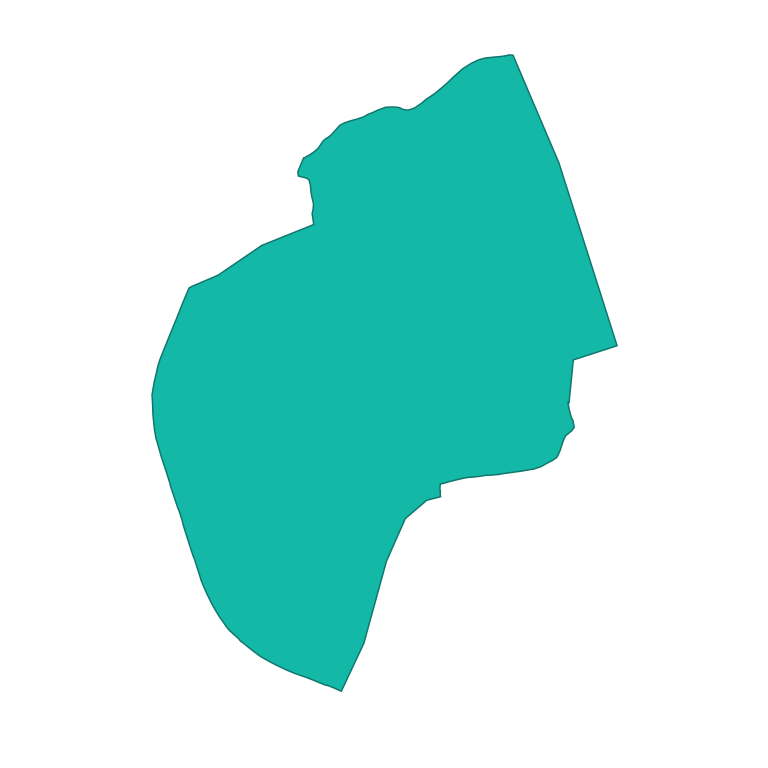 outline of Belle Vue Estate, Gros Islet, Saint Lucia, rotated 342°
{"feature_id": "8701671B25390904232189", "entity_name": "Belle Vue Estate", "entity_type": "district", "adm_level": 2, "iso_a3": "LCA", "parent_name": "Saint Lucia", "parent_adm1": "Gros Islet", "projection": "orthographic", "projection_center": [-60.946, 14.088], "detail": "fine", "context": "isolated", "style": "filled", "palette": "teal", "viewbox_px": 768, "rotation_deg": 342, "n_neighbors": 0, "source": "geoboundaries", "source_scale": "gbopen_adm2", "svg_char_len": 2247}
<svg xmlns="http://www.w3.org/2000/svg" viewBox="0 0 768 768"><g transform="rotate(342 384 384)"><path d="M617.5,419.6L618.7,227.8L608.3,111.2L604.5,109.6L602.2,109.6L596.7,108.7L589.2,107.0L580.6,105.2L574.1,105.0L566.4,105.9L556.4,108.4L544.4,113.7L536.1,117.8L528.9,120.7L522.2,123.4L512.6,126.1L505.7,128.8L498.9,130.8L495.0,131.1L491.5,130.9L488.7,129.8L486.1,128.0L484.6,126.3L481.2,124.4L476.1,122.7L470.9,121.3L462.6,121.6L460.5,121.9L456.5,122.4L452.0,122.6L447.0,123.7L440.2,123.7L433.6,123.4L427.3,123.4L421.7,124.4L417.7,126.8L414.0,128.9L410.4,130.9L406.9,132.2L404.2,132.8L401.1,134.1L397.4,137.0L394.1,139.6L388.8,141.7L384.8,142.9L379.3,144.0L377.4,144.7L377.8,143.7L369.0,153.9L368.1,155.0L367.2,157.0L366.9,159.8L370.5,162.1L371.9,162.9L374.2,164.5L375.7,166.5L375.6,169.4L375.4,172.4L374.5,176.1L373.3,182.3L373.0,187.0L372.5,191.3L370.4,196.2L368.3,199.8L367.4,205.2L366.4,210.6L310.7,214.4L260.0,229.2L231.4,231.8L228.2,232.5L216.0,246.6L213.5,249.7L207.8,256.6L198.7,267.3L191.2,276.2L178.7,291.2L174.9,296.4L169.5,305.5L166.6,310.2L162.8,317.3L160.0,322.7L157.4,332.7L155.0,340.9L153.5,347.5L151.6,356.5L150.4,364.9L150.1,374.5L149.7,384.5L149.8,399.5L149.7,412.8L149.4,413.7L149.6,438.0L149.9,441.3L149.9,450.7L149.7,453.4L149.4,459.1L149.3,478.3L149.3,488.8L149.6,490.6L149.5,512.0L149.4,513.8L149.9,520.7L150.7,528.9L152.2,539.4L153.6,546.3L155.4,553.9L158.9,565.3L159.8,568.0L161.0,571.0L166.9,581.0L168.1,584.3L169.8,586.4L173.9,592.8L177.5,598.2L182.2,604.8L185.6,608.6L190.1,613.4L194.1,617.5L203.4,626.3L209.0,631.1L215.0,635.7L219.8,639.3L222.7,641.7L231.4,649.0L234.1,651.4L238.7,654.4L243.7,658.7L248.5,663.0L284.7,624.4L331.5,553.4L362.7,518.6L388.7,507.8L403.0,508.6L403.3,506.5L404.3,503.9L404.8,500.7L406.7,496.5L410.3,496.9L415.3,497.0L421.5,497.4L428.6,498.0L434.7,498.7L439.7,500.0L445.7,501.2L453.6,502.5L458.2,503.9L464.0,505.2L466.9,505.7L467.7,505.7L471.1,506.3L488.2,509.4L500.6,511.2L507.8,511.1L514.1,509.8L521.2,508.6L525.4,507.3L527.5,505.5L531.2,501.3L533.9,497.5L537.6,492.6L540.8,489.3L544.7,487.8L548.1,486.4L551.5,484.0L552.4,477.7L551.8,473.1L552.1,468.1L552.5,463.1L553.3,458.4L554.2,459.0L571.5,419.6L594.5,419.6L617.5,419.6Z" fill="#14b8a6" stroke="#0f766e" stroke-width="1.5"/></g></svg>